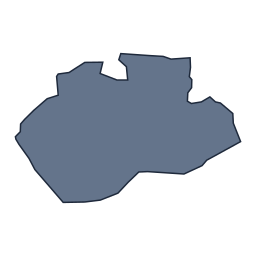 outline of Madarounfa, Maradi, Niger
{"feature_id": "23599985B10786712449018", "entity_name": "Madarounfa", "entity_type": "district", "adm_level": 2, "iso_a3": "NER", "parent_name": "Niger", "parent_adm1": "Maradi", "projection": "orthographic", "projection_center": [7.181, 13.281], "detail": "fine", "context": "isolated", "style": "filled", "palette": "slate", "viewbox_px": 256, "rotation_deg": 0, "n_neighbors": 0, "source": "geoboundaries", "source_scale": "gbopen_adm2", "svg_char_len": 724}
<svg xmlns="http://www.w3.org/2000/svg" viewBox="0 0 256 256"><path d="M118.8,59.8L126.4,66.7L127.7,80.0L116.9,80.0L100.1,73.5L102.8,62.2L84.8,62.4L74.3,69.1L69.1,72.5L58.2,74.0L56.6,76.4L58.2,95.2L47.2,98.7L33.8,110.3L24.7,119.3L20.6,124.0L20.3,131.7L15.4,136.7L15.9,139.2L19.0,144.4L29.0,158.4L34.9,169.6L63.2,202.4L84.7,202.0L100.3,200.1L118.0,193.1L128.1,182.3L138.8,172.0L147.6,171.6L184.0,174.0L202.1,165.6L206.7,160.2L240.6,141.6L233.3,123.2L232.8,113.5L220.4,103.0L215.4,101.9L209.9,96.9L201.4,101.9L191.4,103.5L187.4,101.2L187.8,92.8L191.6,87.7L191.8,79.6L189.3,76.7L190.5,67.4L190.1,57.8L171.0,59.1L163.2,56.4L149.7,55.6L129.4,54.2L120.8,53.6L118.8,59.8Z" fill="#64748b" stroke="#1e293b" stroke-width="1.5"/></svg>